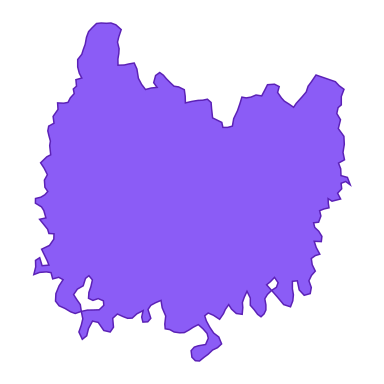 Ajuricaba, Rio Grande do Sul, Brazil
{"feature_id": "56859067B1227698309076", "entity_name": "Ajuricaba", "entity_type": "district", "adm_level": 2, "iso_a3": "BRA", "parent_name": "Brazil", "parent_adm1": "Rio Grande do Sul", "projection": "robinson", "projection_center": [-53.739, -28.208], "detail": "fine", "context": "isolated", "style": "filled", "palette": "violet", "viewbox_px": 384, "rotation_deg": 0, "n_neighbors": 0, "source": "geoboundaries", "source_scale": "gbopen_adm2", "svg_char_len": 3606}
<svg xmlns="http://www.w3.org/2000/svg" viewBox="0 0 384 384"><path d="M344.0,89.3L339.1,85.7L335.4,81.7L316.0,75.0L311.1,82.2L308.1,86.2L306.2,92.0L302.2,96.7L296.2,103.4L293.6,107.3L289.2,104.2L284.3,101.1L281.4,97.9L277.6,92.4L279.2,86.6L274.5,84.2L267.5,84.7L264.6,90.4L261.7,95.9L256.0,95.0L251.0,97.1L246.2,97.9L241.9,97.1L239.9,103.7L237.5,110.7L233.7,118.6L232.4,126.1L227.7,127.4L222.9,127.4L221.8,122.4L217.3,120.2L212.6,117.9L211.6,108.9L211.1,102.5L207.4,99.2L202.8,100.2L198.0,100.4L191.9,101.4L185.4,102.9L185.2,96.2L184.3,89.7L178.6,86.9L174.0,86.2L170.5,82.9L166.4,78.8L163.4,75.2L159.7,72.5L155.6,75.5L153.7,82.7L157.1,87.4L151.2,88.0L145.5,89.5L141.6,84.4L138.4,78.3L136.9,69.0L134.2,63.0L128.6,64.0L124.3,65.0L118.0,65.2L117.9,59.0L118.8,53.6L119.1,48.7L117.5,42.1L118.8,36.8L121.2,29.6L115.9,24.8L111.0,23.0L106.5,23.3L101.2,23.0L96.5,23.5L92.1,27.8L88.6,31.6L86.5,37.2L85.2,44.3L83.3,49.5L81.8,54.3L77.7,59.5L77.7,67.0L79.3,73.2L81.8,78.0L75.9,79.7L76.5,86.2L73.3,89.0L74.2,93.6L70.3,97.9L68.0,102.4L63.7,103.2L57.6,102.9L58.0,109.4L53.1,116.4L54.0,123.2L48.7,126.1L47.8,130.9L48.9,135.6L50.4,141.1L49.7,145.6L50.7,154.8L46.8,156.8L40.6,162.8L44.2,168.3L47.4,174.7L44.4,180.1L44.9,187.3L47.8,191.5L44.8,194.8L40.8,197.2L35.5,198.5L35.4,203.2L41.5,206.9L43.8,210.5L45.9,217.9L39.6,219.3L47.6,229.2L48.9,233.5L54.0,233.8L53.8,239.2L49.5,245.4L41.6,249.2L47.2,260.7L48.9,265.1L42.1,265.7L39.7,257.7L35.5,260.4L35.7,266.9L33.8,274.6L39.6,272.4L46.4,271.9L51.0,272.6L52.7,278.9L58.7,277.3L63.1,279.7L59.1,285.8L55.9,293.6L55.5,301.1L59.1,305.8L64.9,308.4L70.6,311.8L75.2,313.5L81.3,311.4L82.8,318.8L81.3,325.1L78.9,332.0L82.3,339.3L86.7,335.8L88.5,328.5L92.5,321.1L98.2,322.4L101.4,327.0L103.8,330.5L110.2,332.0L113.5,327.2L112.7,318.3L117.4,314.0L123.1,316.6L127.6,318.3L132.2,318.1L136.9,313.8L143.1,310.6L141.7,317.1L142.9,322.1L147.8,321.8L150.8,318.3L148.0,309.5L150.8,305.3L155.4,302.8L161.0,300.4L162.2,307.8L165.7,316.0L164.8,324.1L165.2,328.8L169.8,329.6L174.1,332.0L179.7,332.8L184.3,332.6L189.0,330.0L193.1,327.3L198.3,324.6L203.0,328.8L207.1,333.5L208.3,338.2L205.6,344.5L198.2,345.8L194.3,347.1L191.1,350.7L191.9,357.2L195.3,360.7L199.5,361.0L204.0,357.3L208.1,354.3L212.6,350.0L217.5,347.7L221.6,343.9L218.8,337.0L213.7,333.1L209.8,327.3L206.4,321.0L204.7,315.8L208.2,313.0L213.5,315.3L219.6,319.3L223.5,313.6L225.3,309.5L228.7,304.6L231.5,309.1L236.3,313.5L242.2,314.3L242.8,307.6L242.4,302.5L244.3,297.1L247.0,291.3L250.3,298.0L250.3,305.3L254.1,309.6L257.6,314.3L261.0,316.8L264.0,314.0L265.9,310.0L265.9,304.9L264.8,298.8L267.4,294.5L271.6,290.4L277.3,296.9L283.7,304.6L290.5,306.8L292.8,300.8L293.4,294.8L292.4,288.8L292.4,281.3L297.3,280.8L299.2,289.9L304.2,295.3L310.2,293.6L311.3,287.5L308.9,280.8L311.5,275.4L315.3,271.1L312.2,264.7L311.3,258.5L315.3,255.6L319.8,254.2L316.2,247.5L314.2,241.3L321.3,241.6L321.9,236.4L318.7,231.2L314.7,227.4L313.6,222.8L318.6,222.2L320.9,216.0L319.6,210.7L323.9,209.0L329.0,207.8L328.3,203.2L328.1,198.6L332.0,201.2L340.6,199.0L337.6,193.2L341.7,188.8L341.1,183.3L345.7,181.5L350.2,184.8L347.4,177.4L341.0,175.6L340.7,168.8L338.5,163.1L344.5,159.8L343.0,152.4L344.3,144.3L343.9,136.3L338.3,128.6L340.5,119.7L336.8,113.5L338.1,107.6L341.3,104.9L341.3,96.5L344.0,89.3ZM81.3,311.4L80.3,304.6L76.8,299.6L73.6,294.6L77.4,289.1L83.2,285.8L85.5,278.4L88.9,275.7L92.4,279.9L90.9,286.6L88.9,292.4L88.5,298.3L92.9,300.4L98.2,298.6L103.4,300.8L103.8,305.3L99.2,309.8L93.4,310.0L87.4,310.1L81.3,311.4ZM271.6,290.4L266.6,284.8L270.5,281.6L274.5,277.4L278.1,282.7L276.4,287.3L271.6,290.4Z" fill="#8b5cf6" stroke="#5b21b6" stroke-width="1.5"/></svg>